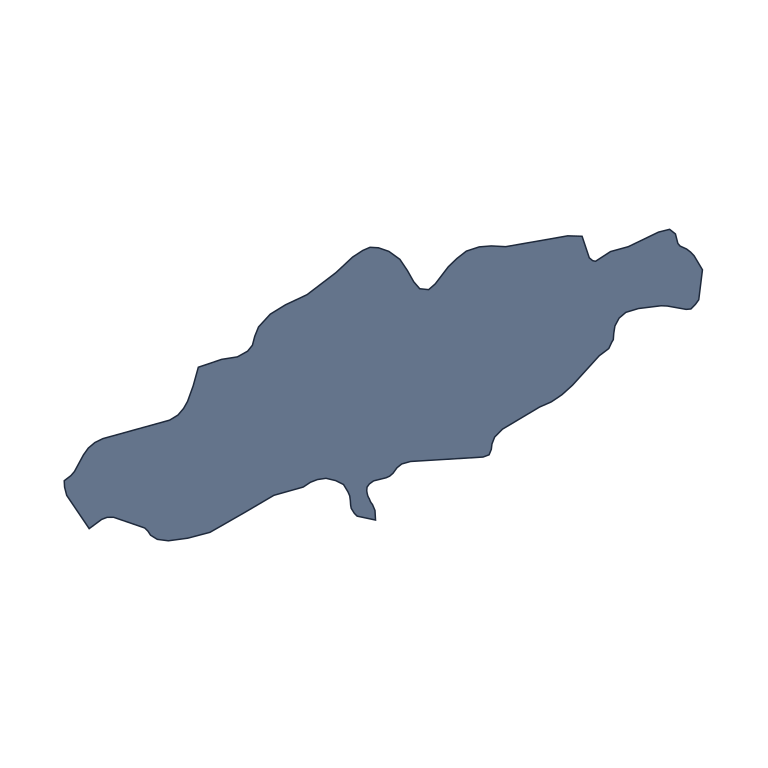 map outline of Blida (Robinson projection), rotated 175°
{"feature_id": "DZA-2209", "entity_name": "Blida", "entity_type": "Province", "adm_level": 1, "iso_a3": "DZA", "parent_name": "Algeria", "parent_adm1": "", "projection": "robinson", "projection_center": [2.981, 36.533], "detail": "fine", "context": "isolated", "style": "filled", "palette": "slate", "viewbox_px": 768, "rotation_deg": 175, "n_neighbors": 0, "source": "natural_earth", "source_scale": "10m", "svg_char_len": 1705}
<svg xmlns="http://www.w3.org/2000/svg" viewBox="0 0 768 768"><g transform="rotate(175 384 384)"><path d="M690.3,265.6L709.8,300.7L711.2,309.1L711.0,315.5L703.9,320.0L700.0,323.8L689.5,339.7L684.1,346.0L677.1,350.9L668.8,354.1L600.7,366.7L592.0,371.0L585.8,377.1L581.2,383.8L574.3,398.7L567.5,416.9L543.6,422.7L527.7,423.8L517.0,428.6L511.7,434.1L508.6,442.8L504.0,451.8L491.2,463.5L475.2,471.5L452.9,479.7L422.1,499.2L404.2,513.2L393.5,518.9L386.0,521.4L377.7,520.2L367.6,515.7L357.3,506.8L350.8,495.0L345.5,483.3L340.1,475.8L331.3,474.1L324.2,479.3L309.7,495.2L300.4,502.7L290.4,509.2L277.2,512.3L265.1,512.2L250.8,510.2L188.1,515.6L173.8,513.9L168.5,491.8L165.4,488.7L162.6,487.8L146.8,496.2L128.7,499.5L97.3,511.4L86.0,513.2L80.6,508.1L79.0,498.4L77.0,495.6L70.8,492.1L67.1,488.7L63.9,484.7L56.8,470.0L63.1,440.5L66.8,436.2L71.7,432.0L76.5,432.0L95.0,437.0L101.1,437.8L124.0,437.0L136.8,434.3L144.0,429.2L148.9,421.7L150.7,414.4L151.7,408.2L153.4,405.9L157.0,399.7L167.1,393.4L196.3,366.4L207.7,357.8L218.9,351.6L231.0,347.5L269.9,328.7L278.4,321.5L281.7,314.8L282.8,309.5L285.5,304.3L291.7,302.6L364.3,304.5L373.3,302.8L378.4,299.4L382.8,294.3L386.4,291.7L390.1,290.4L402.8,288.4L407.3,285.7L409.9,282.7L410.5,279.1L410.3,276.6L409.9,274.0L409.3,272.3L408.6,270.8L408.0,268.7L407.3,267.0L406.0,265.0L404.0,258.8L404.3,249.2L422.3,254.7L424.8,257.7L427.5,263.0L427.8,266.3L427.7,270.7L427.9,275.5L429.3,279.7L433.1,287.4L440.6,292.0L450.0,295.1L458.7,294.6L465.9,292.5L473.4,288.4L503.4,282.7L533.7,268.3L570.3,251.4L593.0,247.5L612.5,246.6L623.4,249.0L629.7,253.7L632.0,258.0L634.9,261.4L665.0,274.8L671.5,275.3L677.1,273.7L690.3,265.6Z" fill="#64748b" stroke="#1e293b" stroke-width="1.5"/></g></svg>